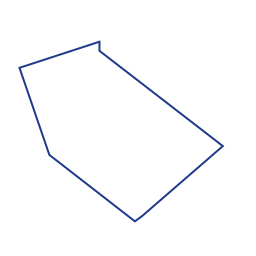 the district of Somervell, Texas, United States of America, rotated 252°
{"feature_id": "52423323B18632711548456", "entity_name": "Somervell", "entity_type": "district", "adm_level": 2, "iso_a3": "USA", "parent_name": "United States of America", "parent_adm1": "Texas", "projection": "equal_earth", "projection_center": [-97.793, 32.203], "detail": "fine", "context": "isolated", "style": "outline", "palette": "blue", "viewbox_px": 256, "rotation_deg": 252, "n_neighbors": 0, "source": "geoboundaries", "source_scale": "gbopen_adm2", "svg_char_len": 256}
<svg xmlns="http://www.w3.org/2000/svg" viewBox="0 0 256 256"><g transform="rotate(252 128 128)"><path d="M37.1,105.7L39.9,114.2L81.5,212.6L210.2,124.7L218.9,127.5L218.8,43.4L126.7,44.9L37.1,105.7Z" fill="none" stroke="#1e3a8a" stroke-width="2"/></g></svg>